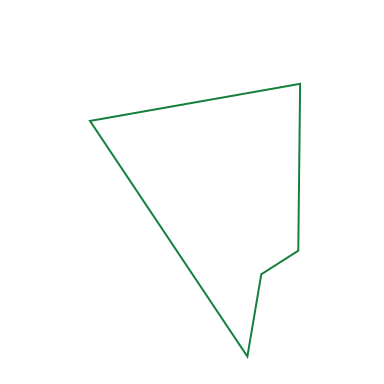 an SVG outline of Les Mamelles, rotated 199°
{"feature_id": "SYC-5221", "entity_name": "Les Mamelles", "entity_type": "state/province", "adm_level": 1, "iso_a3": "SYC", "parent_name": "Seychelles", "parent_adm1": "", "projection": "mercator", "projection_center": [55.479, -4.656], "detail": "fine", "context": "isolated", "style": "outline", "palette": "green", "viewbox_px": 384, "rotation_deg": 199, "n_neighbors": 0, "source": "natural_earth", "source_scale": "10m", "svg_char_len": 246}
<svg xmlns="http://www.w3.org/2000/svg" viewBox="0 0 384 384"><g transform="rotate(199 192 192)"><path d="M125.0,329.5L72.4,171.1L99.7,136.8L86.1,54.5L311.6,226.0L206.5,284.3L125.0,329.5Z" fill="none" stroke="#15803d" stroke-width="2"/></g></svg>